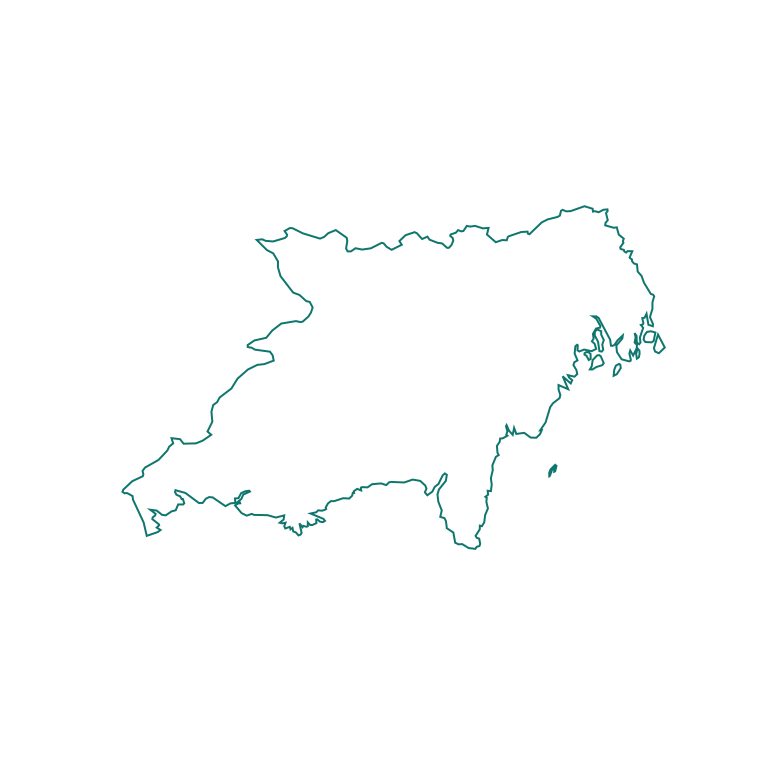 Kalimantan Timur, Natural Earth projection, rotated 60°
{"feature_id": "IDN-1185", "entity_name": "Kalimantan Timur", "entity_type": "Province", "adm_level": 1, "iso_a3": "IDN", "parent_name": "Indonesia", "parent_adm1": "", "projection": "natural_earth1", "projection_center": [116.728, 1.017], "detail": "fine", "context": "isolated", "style": "outline", "palette": "teal", "viewbox_px": 768, "rotation_deg": 60, "n_neighbors": 0, "source": "natural_earth", "source_scale": "10m", "svg_char_len": 6173}
<svg xmlns="http://www.w3.org/2000/svg" viewBox="0 0 768 768"><g transform="rotate(60 384 384)"><path d="M393.2,102.6L397.2,108.0L398.1,108.0L400.0,107.0L401.8,107.8L404.6,107.3L406.9,105.1L413.5,108.1L419.2,106.9L426.2,108.2L439.4,107.9L441.3,106.2L443.2,106.2L447.4,110.6L453.2,114.0L459.0,120.2L466.6,121.1L468.4,122.3L464.9,125.4L454.4,121.5L456.9,125.2L456.1,127.4L461.1,129.0L461.8,130.0L461.3,132.0L465.0,131.5L471.7,139.2L476.4,141.2L477.1,143.2L474.4,144.3L468.6,141.2L465.2,141.5L469.3,142.7L473.4,146.2L476.6,145.4L479.3,147.2L483.9,154.0L478.1,154.0L480.4,156.3L486.4,158.1L487.2,158.8L487.0,160.3L481.4,165.9L472.8,166.3L466.9,163.6L463.8,154.9L461.3,152.9L463.0,160.0L465.3,164.7L465.3,166.8L464.3,168.3L458.6,166.0L434.1,165.1L431.6,166.3L429.8,169.4L433.6,167.5L441.9,167.6L443.2,168.7L442.0,172.7L445.1,178.0L449.5,179.8L451.0,182.6L454.5,181.5L459.7,182.7L459.4,187.8L454.2,193.5L453.5,198.6L451.6,199.6L447.3,196.8L446.6,197.1L447.0,199.4L453.0,203.7L460.3,204.6L460.3,208.2L462.3,210.5L468.2,210.4L472.0,211.7L472.9,215.4L468.3,220.3L470.9,220.5L474.8,219.1L476.9,222.0L466.7,225.4L480.6,227.1L472.2,233.4L476.1,235.6L481.7,236.8L484.0,239.0L485.2,247.4L487.1,251.6L498.1,263.3L502.2,271.9L502.8,270.4L505.5,274.1L506.7,279.0L503.7,283.8L496.4,287.0L493.4,294.4L487.1,293.3L492.4,298.0L487.0,299.1L480.9,298.4L481.6,299.5L486.5,300.7L489.2,303.5L490.5,303.0L490.4,308.4L489.3,310.7L491.9,312.7L494.1,317.2L500.3,320.1L502.9,320.2L503.0,323.5L508.7,330.9L512.9,332.8L519.1,338.6L525.0,341.0L530.2,345.0L528.3,347.6L531.9,349.2L532.4,352.6L533.9,351.9L537.3,354.3L543.7,356.2L548.2,362.1L553.9,366.3L556.1,370.3L554.6,371.8L557.8,373.8L561.3,380.6L563.5,380.6L565.5,378.9L570.5,380.6L572.0,382.3L571.4,385.1L572.4,387.4L568.4,392.7L561.8,396.3L560.1,399.6L557.0,401.7L547.3,398.2L540.3,401.7L533.7,398.9L530.4,398.7L527.2,401.7L522.4,397.2L513.1,395.8L506.5,393.0L502.8,389.2L498.8,378.9L494.1,375.0L491.9,376.0L492.5,378.9L497.8,386.8L498.5,391.6L501.4,396.0L502.0,402.1L498.3,402.8L495.8,399.5L492.6,399.0L486.0,401.1L481.1,407.0L479.4,415.7L472.3,426.9L471.7,428.8L472.7,432.5L468.6,436.3L464.8,444.5L465.3,449.9L462.2,454.8L462.3,455.9L464.8,457.0L461.4,459.6L461.8,463.9L463.4,464.4L462.8,465.6L464.8,467.4L465.8,471.4L462.5,476.4L460.5,485.8L458.9,488.6L459.4,492.2L461.8,496.2L463.3,496.5L463.4,497.8L462.8,500.9L460.5,504.2L461.2,506.8L459.4,512.4L470.5,503.9L473.0,503.5L473.1,505.9L471.2,508.3L467.8,509.5L467.5,510.5L470.7,512.1L470.3,516.5L469.2,518.4L465.8,519.2L469.1,521.1L468.8,522.6L466.5,524.8L467.3,526.1L462.4,526.9L471.8,529.8L472.7,531.6L472.4,533.7L468.3,534.6L466.3,536.3L462.8,535.2L463.1,537.6L460.6,537.0L459.8,541.7L457.3,541.5L454.9,538.6L453.8,541.8L452.0,543.7L451.2,538.7L447.9,536.1L445.6,544.4L439.4,550.4L432.3,562.1L430.4,563.4L429.3,568.8L424.6,571.9L414.6,573.7L414.5,570.3L415.4,568.2L414.0,568.0L413.0,570.0L412.3,565.2L409.4,561.1L410.1,553.9L409.1,554.0L407.5,557.8L407.1,562.3L410.1,567.1L408.6,570.3L412.6,572.2L410.6,576.8L410.5,582.4L396.5,589.1L394.5,592.0L394.3,595.7L396.3,600.5L394.5,603.8L379.0,610.5L371.7,617.7L373.1,619.0L376.2,619.1L379.4,616.7L382.5,616.8L383.0,615.7L387.4,616.6L387.9,618.2L385.4,622.5L389.2,627.5L388.1,631.7L388.6,638.7L386.4,641.6L379.9,644.2L376.0,649.3L382.3,646.7L383.4,647.9L383.9,651.1L385.2,652.2L392.9,649.1L393.9,649.3L394.7,652.6L398.7,650.5L399.1,653.9L396.9,665.4L383.8,661.4L358.7,659.2L355.3,657.8L350.0,661.0L348.9,663.4L346.6,664.4L345.1,662.5L342.3,650.5L343.3,639.1L342.0,637.6L338.6,636.6L336.9,632.9L337.0,617.2L333.3,604.9L330.9,601.4L330.0,596.3L324.7,595.1L329.8,588.2L335.5,587.4L341.4,576.5L342.4,569.2L341.6,559.0L336.9,560.6L330.8,551.5L321.7,547.3L316.8,542.4L316.3,537.6L313.5,533.1L311.6,518.4L306.1,508.1L303.4,494.6L304.1,484.1L306.9,477.8L308.6,467.8L303.5,466.1L299.0,466.6L289.8,478.5L286.4,480.5L283.9,483.5L282.1,482.6L281.5,474.4L285.1,462.9L281.8,454.0L280.3,442.7L285.5,428.8L288.7,425.3L289.3,423.1L287.8,415.7L285.6,411.5L282.0,407.5L275.8,407.3L273.3,409.9L264.6,412.7L259.4,417.0L238.9,419.7L229.8,417.5L224.9,414.5L215.5,414.6L209.5,418.4L195.6,422.2L197.8,417.1L200.9,414.9L205.1,408.8L208.0,396.9L207.5,394.4L206.2,393.3L201.8,393.6L201.9,387.4L203.5,385.2L213.0,378.9L226.1,366.7L226.7,362.3L225.5,356.8L226.6,348.8L238.7,343.2L242.0,344.4L247.7,349.1L251.0,349.2L252.6,346.3L252.2,340.8L256.7,335.6L259.9,327.6L260.6,315.4L262.0,314.0L266.6,313.1L271.6,310.3L272.3,299.0L267.9,299.2L265.9,290.9L267.8,281.6L270.0,280.1L277.5,278.5L278.1,272.7L281.8,272.4L288.6,266.9L291.3,263.4L297.6,261.3L298.5,259.7L297.5,256.3L294.6,252.4L292.0,251.5L288.8,252.6L287.8,251.5L288.9,246.2L287.8,242.9L290.4,240.8L291.2,238.8L288.5,233.2L290.8,230.6L292.6,226.1L298.7,220.5L301.1,215.4L306.0,220.1L317.1,216.3L318.4,209.7L320.9,205.8L318.5,203.2L318.5,201.7L321.0,189.2L323.8,183.5L325.8,184.2L327.0,183.1L322.9,166.5L323.3,159.9L326.1,150.2L326.1,147.5L322.5,144.1L322.5,142.2L325.5,140.0L327.6,135.9L330.3,121.5L336.5,115.7L339.2,116.8L339.8,114.9L342.6,112.2L342.8,106.9L344.5,103.2L346.0,103.8L347.0,106.3L354.0,108.3L355.2,111.6L357.2,113.1L363.6,106.9L364.7,104.1L372.1,106.0L378.0,103.7L380.0,105.9L381.4,106.0L383.8,111.1L385.3,111.6L387.8,109.2L389.4,109.6L391.2,108.6L390.7,106.6L393.2,102.6ZM464.8,179.2L463.3,181.0L454.4,177.5L447.1,177.2L444.1,175.1L443.3,172.2L446.9,169.5L449.8,171.2L455.9,171.7L458.9,175.2L464.0,177.1L464.8,179.2ZM468.4,182.4L475.9,183.3L476.8,185.6L475.5,191.5L475.6,196.3L474.3,198.4L472.6,195.3L467.6,191.3L465.8,185.3L466.6,183.2L468.4,182.4ZM478.2,122.0L492.8,122.6L494.8,130.6L491.4,133.0L487.9,132.3L478.2,122.0ZM475.1,123.2L481.5,128.9L481.8,131.3L478.3,136.7L475.4,137.0L472.2,134.3L470.4,130.3L471.7,126.6L475.1,123.2ZM491.9,177.5L491.7,181.0L487.0,177.7L484.1,174.1L484.1,170.4L485.4,169.7L488.6,171.0L491.9,177.5ZM461.3,190.1L465.6,192.5L465.6,194.7L460.8,194.5L458.8,195.7L457.6,194.9L457.4,193.5L458.8,190.9L461.3,190.1ZM488.5,152.3L484.0,150.6L480.1,146.6L482.7,146.1L485.7,147.6L488.3,150.0L488.5,152.3ZM542.7,281.8L546.6,286.4L546.6,287.0L543.5,285.3L541.2,282.4L539.6,276.2L541.2,275.6L545.2,279.5L545.1,280.5L540.9,277.7L542.7,281.8Z" fill="none" stroke="#0f766e" stroke-width="2"/></g></svg>